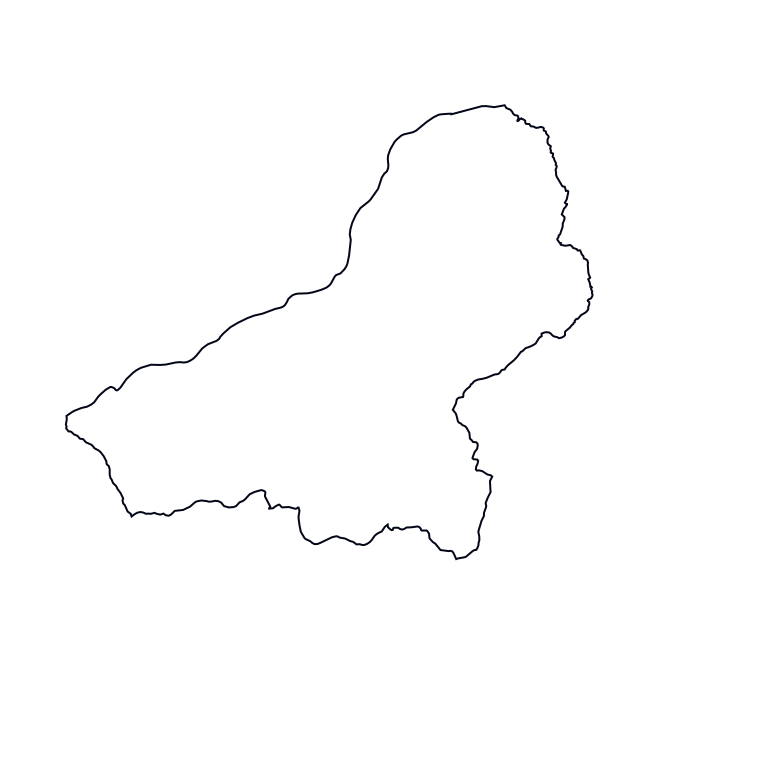 the district of Concordia, Antioquia, Colombia, rotated 233°
{"feature_id": "7082276B53735822778308", "entity_name": "Concordia", "entity_type": "district", "adm_level": 2, "iso_a3": "COL", "parent_name": "Colombia", "parent_adm1": "Antioquia", "projection": "robinson", "projection_center": [-75.913, 6.06], "detail": "fine", "context": "isolated", "style": "outline", "palette": "ink", "viewbox_px": 768, "rotation_deg": 233, "n_neighbors": 0, "source": "geoboundaries", "source_scale": "gbopen_adm2", "svg_char_len": 6166}
<svg xmlns="http://www.w3.org/2000/svg" viewBox="0 0 768 768"><g transform="rotate(233 384 384)"><path d="M520.2,281.7L519.3,279.7L519.2,276.3L521.7,267.4L521.8,263.8L521.8,260.3L519.5,250.8L519.0,246.9L519.3,243.2L520.1,239.7L521.9,236.7L524.2,234.3L526.6,230.5L530.8,221.5L534.0,216.6L539.6,209.5L543.1,200.0L543.5,198.0L544.0,194.4L544.0,190.3L542.9,181.1L539.7,171.2L539.4,167.9L539.7,166.7L540.7,166.1L542.9,166.1L545.5,164.7L546.3,163.6L546.6,161.5L546.9,158.3L546.4,151.7L545.8,147.9L543.8,141.5L543.8,137.6L544.6,133.2L546.9,128.0L548.8,121.2L549.3,118.4L549.6,111.2L546.8,109.5L543.0,105.5L541.1,104.9L539.9,103.5L536.4,103.5L535.5,103.9L535.0,104.9L533.8,105.5L530.2,106.1L527.1,108.0L523.4,108.2L521.0,110.5L516.8,110.9L511.9,113.6L510.0,114.1L507.0,114.1L502.4,116.2L499.6,116.7L494.9,116.7L489.2,115.7L488.0,114.8L486.7,114.3L484.0,114.8L480.8,113.5L476.9,110.5L473.6,109.0L471.8,109.0L467.9,108.0L464.2,108.6L462.2,108.5L460.9,108.0L455.5,108.0L449.5,106.8L448.4,105.1L445.5,103.8L443.2,104.1L436.5,102.5L432.7,103.6L430.1,102.7L430.1,106.5L429.7,109.5L428.3,112.5L426.3,114.3L423.5,115.9L422.1,118.1L420.8,119.4L419.1,123.3L417.2,124.3L414.4,126.6L413.2,129.9L410.5,130.7L408.3,132.9L407.9,135.5L408.6,140.5L404.3,147.8L402.8,155.3L403.3,162.3L402.7,164.3L400.9,168.0L397.3,171.8L395.3,173.4L394.1,175.2L392.2,179.0L390.2,181.1L387.3,182.6L382.7,182.8L378.7,185.9L376.3,189.7L375.5,192.4L376.4,197.4L375.4,201.5L375.6,204.2L376.8,210.4L375.7,215.7L373.4,221.5L372.8,222.5L370.7,223.9L369.6,224.2L368.8,224.0L366.4,221.7L365.5,221.2L354.6,219.4L354.1,218.7L354.0,217.6L353.6,217.3L351.6,220.5L351.6,224.0L351.0,227.4L350.3,227.9L347.2,228.2L346.7,228.5L343.0,234.0L337.8,238.0L337.3,238.8L337.1,241.1L336.8,241.4L333.6,240.2L329.6,236.0L326.7,234.1L320.9,230.9L315.9,228.6L308.7,227.8L307.1,228.2L302.8,230.5L300.4,231.0L298.0,232.1L296.3,234.5L295.6,236.8L292.9,250.2L291.4,253.7L290.4,255.1L288.1,256.1L283.9,260.0L279.0,262.4L276.4,264.4L272.5,265.5L270.6,268.3L268.9,269.4L267.4,271.1L266.5,274.2L266.3,277.5L266.7,280.0L268.5,285.6L268.5,289.1L267.6,293.5L269.4,298.7L269.5,302.3L267.2,301.0L263.9,301.6L262.7,302.2L262.2,303.2L263.3,304.7L262.8,306.0L260.6,308.9L258.9,309.4L256.9,310.7L256.0,313.2L255.9,315.5L252.9,319.9L250.1,325.0L248.5,326.1L246.4,326.3L245.2,325.7L244.2,326.0L241.5,329.7L240.7,330.1L237.3,329.9L233.6,327.6L232.6,327.5L228.5,327.9L225.5,328.9L217.4,329.2L211.7,335.0L210.6,336.9L209.1,337.8L206.8,337.7L200.7,336.3L200.2,338.0L197.1,344.2L196.7,345.7L197.2,354.0L197.0,356.1L196.0,358.0L197.1,360.4L198.5,362.5L200.3,364.0L201.8,366.1L205.0,368.4L209.1,370.3L210.2,371.6L216.0,379.5L218.5,384.4L221.0,386.4L224.1,391.2L225.4,392.5L226.9,393.0L228.1,394.0L230.9,398.7L233.5,404.0L242.7,410.2L244.9,414.7L246.5,414.5L249.6,412.1L255.4,410.0L257.9,407.8L258.9,406.1L260.4,405.9L262.5,407.9L264.0,410.7L266.0,413.0L267.5,413.0L270.0,410.3L271.4,410.0L272.1,410.7L275.2,415.6L276.1,419.2L278.3,421.7L280.1,422.8L281.9,422.6L284.2,420.2L286.9,420.2L287.9,419.8L289.1,420.0L293.6,422.8L299.4,423.6L301.3,423.4L304.0,421.9L306.2,421.6L308.1,420.6L309.8,420.6L314.8,422.8L317.4,423.6L321.9,423.4L325.2,429.8L327.7,432.6L328.1,433.9L328.0,435.5L326.1,439.3L326.7,440.2L328.4,441.4L329.5,443.7L330.1,446.4L330.3,451.3L331.4,453.1L331.2,454.8L331.8,456.9L331.8,458.5L330.9,461.9L328.7,466.1L327.2,469.8L325.1,477.9L323.4,480.9L323.2,482.5L324.3,486.5L323.0,489.2L323.7,490.9L324.4,494.1L324.8,502.3L325.6,506.8L327.3,512.7L326.9,514.3L327.4,518.6L325.9,523.4L325.2,527.3L325.1,529.6L327.2,534.9L327.5,536.5L327.3,538.7L329.4,540.2L328.5,543.4L327.6,544.9L325.7,546.9L324.0,547.5L321.2,547.8L319.6,548.4L317.5,550.3L315.2,551.4L314.1,553.9L313.8,556.6L314.1,557.9L316.6,559.9L316.9,560.6L317.2,566.4L317.9,569.1L318.0,571.2L318.7,572.3L318.5,573.5L319.7,574.4L320.2,576.7L319.4,578.1L320.4,582.8L319.8,588.3L320.3,591.0L321.1,592.5L322.3,593.1L324.3,596.2L326.0,597.2L327.4,596.8L328.1,597.0L328.4,598.3L327.8,600.6L328.5,602.7L329.6,604.2L331.7,604.9L332.7,606.1L334.6,606.3L335.6,606.8L336.0,608.1L336.7,608.1L337.6,607.3L338.4,608.1L339.8,608.5L340.8,609.2L344.8,610.2L345.0,610.5L344.6,611.9L344.9,612.7L348.0,613.4L350.1,614.3L356.7,618.6L358.2,620.0L360.4,620.8L362.5,620.1L363.9,619.1L366.2,620.2L368.5,620.0L372.6,621.1L373.1,620.8L373.6,619.5L374.1,619.0L375.7,619.1L378.9,616.9L380.8,617.0L382.9,616.4L385.2,612.1L388.7,609.0L389.4,609.1L390.0,610.1L390.9,609.2L395.0,609.3L395.5,609.6L396.3,611.8L397.5,612.9L397.5,614.6L402.0,621.2L404.6,623.4L407.0,627.3L408.7,628.6L412.4,628.0L415.8,633.3L416.0,635.1L417.1,638.2L417.7,638.5L418.8,637.6L420.0,637.6L421.5,641.1L425.9,646.2L427.0,647.1L427.7,647.0L428.7,645.5L432.6,647.0L433.1,646.9L433.9,645.8L435.1,645.5L445.7,646.7L447.5,647.3L449.1,648.6L451.9,650.0L453.0,652.0L454.4,653.2L455.7,653.0L456.7,654.2L460.5,654.9L462.0,655.6L463.9,655.4L466.1,657.6L466.6,657.6L467.8,656.6L468.7,656.5L469.6,657.6L472.1,658.5L473.5,660.3L476.3,659.5L478.3,659.8L480.8,661.7L482.1,664.2L483.0,664.5L486.5,664.3L488.3,665.2L490.3,664.1L492.0,665.5L493.5,665.2L495.2,663.6L495.7,661.9L497.0,659.6L499.7,658.3L501.4,656.4L504.1,656.5L506.3,654.0L507.4,654.0L509.4,655.2L511.6,654.5L512.5,653.6L513.4,653.6L513.8,652.0L513.3,649.8L513.7,648.9L514.2,649.1L515.5,651.5L517.3,652.2L518.0,652.1L520.1,650.2L522.3,649.8L524.1,650.2L527.0,650.0L530.7,647.8L534.0,648.1L538.7,638.7L544.5,632.8L547.0,629.3L558.7,600.5L558.9,600.1L559.4,600.3L560.9,598.3L565.1,591.8L566.2,589.4L567.2,584.1L567.6,575.7L567.0,562.2L567.7,558.5L571.4,550.1L572.0,547.1L571.6,541.1L570.9,537.9L567.6,530.2L564.1,524.9L561.5,522.5L555.9,519.0L553.8,517.1L552.1,514.2L551.8,510.7L550.2,506.5L543.4,496.7L539.4,484.2L539.0,481.6L538.7,471.0L535.9,463.1L531.9,455.7L527.8,450.3L524.1,446.7L519.1,444.2L507.7,433.5L502.3,427.4L500.6,424.7L499.5,421.7L498.5,415.8L499.8,411.4L499.5,409.4L496.2,402.1L495.6,399.5L495.6,396.2L496.1,394.0L497.1,390.2L500.1,382.2L502.3,377.8L508.2,369.3L509.3,366.9L510.0,363.9L509.6,359.0L508.0,356.0L506.6,352.4L506.6,349.5L507.4,346.9L509.4,342.4L513.3,329.3L516.8,321.4L518.8,314.6L520.8,304.2L521.8,295.5L521.0,285.8L520.2,281.7Z" fill="none" stroke="#020617" stroke-width="2"/></g></svg>